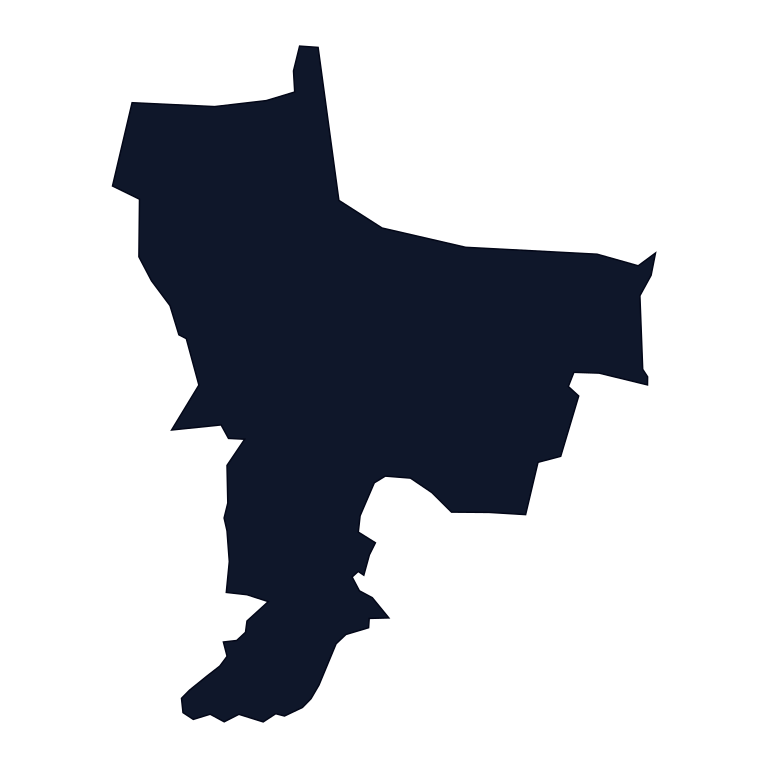 Gijduvan, Bukhoro, Uzbekistan
{"feature_id": "79887680B42366565573671", "entity_name": "Gijduvan", "entity_type": "district", "adm_level": 2, "iso_a3": "UZB", "parent_name": "Uzbekistan", "parent_adm1": "Bukhoro", "projection": "equal_earth", "projection_center": [64.807, 40.434], "detail": "fine", "context": "isolated", "style": "filled", "palette": "ink", "viewbox_px": 768, "rotation_deg": 0, "n_neighbors": 0, "source": "geoboundaries", "source_scale": "gbopen_adm2", "svg_char_len": 1160}
<svg xmlns="http://www.w3.org/2000/svg" viewBox="0 0 768 768"><path d="M655.5,253.0L638.2,265.8L597.1,254.2L465.6,247.3L382.0,228.0L338.9,200.4L318.1,47.4L299.6,46.1L293.5,70.9L294.7,92.0L266.3,100.6L214.6,106.6L132.1,102.7L112.5,186.0L139.5,199.2L138.9,256.8L151.5,280.8L170.0,305.6L178.9,334.8L186.3,338.6L198.9,385.1L171.6,430.0L221.1,424.9L228.5,438.4L244.7,439.2L227.0,465.4L227.8,503.0L224.1,518.0L227.0,530.8L229.3,561.6L226.3,592.4L247.0,594.7L268.3,601.6L247.0,621.0L245.5,632.3L236.7,640.5L223.4,642.0L227.1,656.3L219.8,666.1L207.3,675.8L189.6,690.1L181.5,698.3L183.0,712.6L193.3,719.4L210.2,714.2L224.2,721.8L238.9,714.3L263.2,721.9L275.7,713.7L284.5,716.0L302.5,707.4L311.0,698.7L319.0,685.0L336.1,643.8L345.9,634.5L368.6,627.7L369.2,618.4L388.8,617.9L372.3,597.7L359.4,590.8L352.1,577.0L358.2,571.4L363.8,575.2L369.4,554.8L375.4,542.8L358.3,532.1L360.1,515.8L374.3,482.8L385.3,476.1L410.5,478.1L431.9,492.6L451.5,512.1L489.2,512.4L525.6,514.6L538.0,462.3L560.7,456.3L578.7,396.0L568.3,386.5L573.9,372.3L599.1,373.1L647.5,384.9L647.6,376.8L642.7,369.3L639.9,295.7L651.1,275.3L655.5,253.0Z" fill="#0f172a" stroke="#020617" stroke-width="1.5"/></svg>